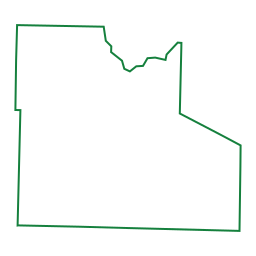 the district of Laclede, Missouri, United States of America
{"feature_id": "52423323B33468312624541", "entity_name": "Laclede", "entity_type": "district", "adm_level": 2, "iso_a3": "USA", "parent_name": "United States of America", "parent_adm1": "Missouri", "projection": "equal_earth", "projection_center": [-92.56, 37.684], "detail": "fine", "context": "isolated", "style": "outline", "palette": "green", "viewbox_px": 256, "rotation_deg": 0, "n_neighbors": 0, "source": "geoboundaries", "source_scale": "gbopen_adm2", "svg_char_len": 461}
<svg xmlns="http://www.w3.org/2000/svg" viewBox="0 0 256 256"><path d="M79.2,226.7L126.3,228.0L239.5,230.9L240.4,166.8L240.6,145.4L220.3,134.6L179.8,113.5L181.3,48.8L181.4,42.9L177.7,42.6L166.6,54.5L165.5,59.9L155.2,57.6L147.5,58.2L143.0,65.9L136.3,66.3L129.9,71.4L124.3,68.8L122.0,60.7L111.1,52.1L111.3,46.3L105.8,40.8L103.7,26.7L17.1,25.1L16.1,60.3L15.4,110.0L20.4,110.1L17.6,225.5L18.1,225.4L79.2,226.7Z" fill="none" stroke="#15803d" stroke-width="2"/></svg>